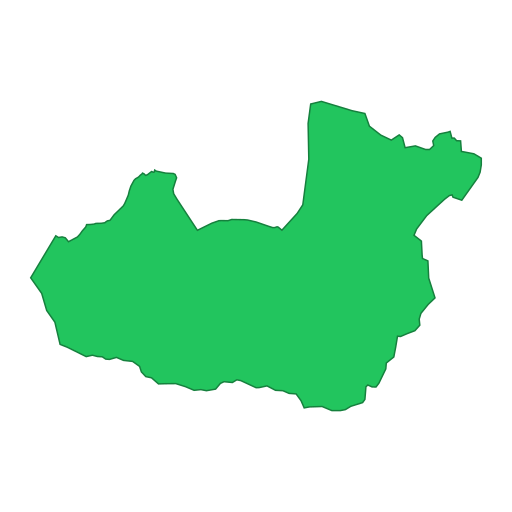 Enugu South, Enugu, Nigeria
{"feature_id": "59680162B14374608149112", "entity_name": "Enugu South", "entity_type": "district", "adm_level": 2, "iso_a3": "NGA", "parent_name": "Nigeria", "parent_adm1": "Enugu", "projection": "orthographic", "projection_center": [7.525, 6.407], "detail": "fine", "context": "isolated", "style": "filled", "palette": "green", "viewbox_px": 512, "rotation_deg": 0, "n_neighbors": 0, "source": "geoboundaries", "source_scale": "gbopen_adm2", "svg_char_len": 2306}
<svg xmlns="http://www.w3.org/2000/svg" viewBox="0 0 512 512"><path d="M435.0,297.9L428.7,278.1L427.9,260.9L422.5,258.5L422.1,254.8L421.4,241.1L414.0,235.3L416.6,229.0L426.7,215.6L444.5,199.3L449.3,195.6L452.1,194.9L453.0,197.2L461.8,200.2L478.0,177.4L480.1,172.2L481.3,164.9L481.3,158.2L473.9,153.8L464.0,151.9L461.4,151.5L460.6,140.9L456.6,140.7L454.3,138.1L451.9,138.1L450.6,133.3L450.1,131.4L448.2,132.1L439.5,133.9L435.2,137.4L432.8,141.0L433.7,145.6L429.6,149.5L425.6,149.5L415.4,145.9L405.1,147.7L402.5,137.7L399.2,134.9L391.3,140.1L380.8,135.1L369.4,126.2L364.9,113.5L352.0,110.7L321.4,101.4L310.7,104.0L308.1,123.4L308.8,159.2L302.8,204.8L297.2,213.4L281.9,230.2L278.2,227.1L277.1,226.8L274.6,227.6L272.7,227.6L268.3,226.2L256.1,222.0L247.5,220.0L244.1,219.7L238.0,219.6L231.7,219.5L228.0,220.7L221.4,220.6L218.9,220.7L211.8,223.2L197.4,230.3L176.9,199.1L173.7,193.8L172.9,189.3L175.5,181.0L176.6,177.8L175.1,174.4L173.3,173.5L165.6,173.1L156.2,171.1L154.7,170.1L154.2,172.0L153.4,172.3L151.6,171.5L147.6,174.6L145.8,175.4L145.0,174.8L144.0,173.8L142.5,173.1L141.9,174.0L140.3,175.2L139.1,176.5L138.3,177.2L135.5,178.8L134.0,180.4L130.9,186.1L129.3,190.9L128.3,195.1L126.5,199.4L124.7,203.5L123.3,205.9L114.2,214.7L111.0,219.0L110.1,220.3L107.3,220.9L105.4,222.2L105.0,222.7L101.3,223.3L95.9,223.4L94.1,224.1L90.2,224.5L86.6,224.6L85.8,226.9L82.4,230.8L79.8,234.4L77.4,237.0L68.5,241.7L65.3,237.8L62.1,236.9L58.5,237.5L55.8,235.8L30.7,277.8L41.7,293.4L46.7,310.5L54.9,322.2L60.1,344.4L67.0,347.1L86.2,356.6L92.4,355.2L97.4,356.5L102.3,356.8L105.7,359.1L109.5,359.4L116.5,357.4L123.5,360.4L132.6,361.4L139.6,366.4L141.4,371.9L145.8,376.6L151.5,377.8L158.5,383.9L165.5,383.7L175.8,383.6L185.6,386.7L194.1,390.3L200.9,389.6L206.4,390.7L215.6,389.1L220.4,383.4L224.0,381.7L232.4,382.5L236.8,379.8L240.8,380.6L256.1,387.7L259.1,387.6L267.0,385.9L275.5,390.3L282.9,390.7L289.1,393.4L296.1,393.9L301.0,400.6L304.2,407.9L309.5,406.9L322.1,406.5L331.9,410.6L340.3,410.6L345.4,409.6L350.8,406.3L362.6,402.6L364.9,399.4L365.6,390.9L365.9,386.8L367.8,385.0L372.0,386.9L376.0,387.0L378.9,383.2L385.8,368.9L386.3,363.0L393.8,357.0L395.6,347.6L397.5,336.2L400.5,336.5L407.5,333.5L414.9,330.7L419.8,325.2L419.2,319.1L420.9,313.4L428.2,304.4L435.0,297.9Z" fill="#22c55e" stroke="#15803d" stroke-width="1.5"/></svg>